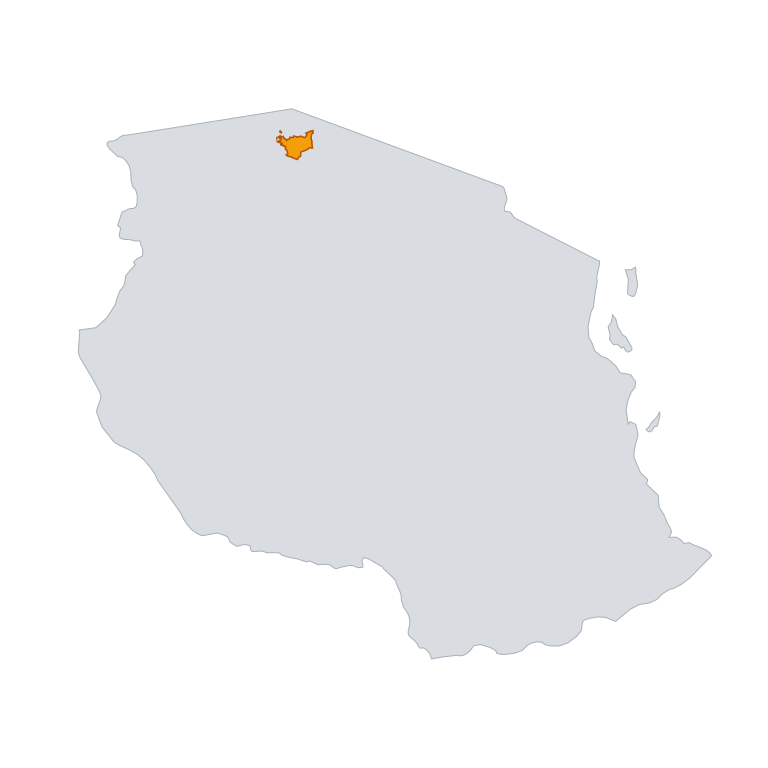 Butiam, Mara, United Republic of Tanzania (highlighted), rotated 351°
{"feature_id": "72390352B35299561044003", "entity_name": "Butiam", "entity_type": "district", "adm_level": 2, "iso_a3": "TZA", "parent_name": "United Republic of Tanzania", "parent_adm1": "Mara", "projection": "albers", "projection_center": [33.892, -1.67], "detail": "fine", "context": "in_parent", "style": "filled", "palette": "amber", "viewbox_px": 768, "rotation_deg": 351, "n_neighbors": 0, "source": "geoboundaries", "source_scale": "gbopen_adm2", "svg_char_len": 8661}
<svg xmlns="http://www.w3.org/2000/svg" viewBox="0 0 768 768"><g transform="rotate(351 384 384)"><path d="M279.6,547.6L270.9,543.1L263.0,540.3L256.6,537.3L253.7,534.3L247.6,533.1L242.4,532.6L237.5,529.9L227.6,528.9L226.4,527.0L226.3,522.9L224.5,521.8L220.9,520.8L217.0,520.8L214.6,521.4L213.2,521.1L210.0,518.7L207.0,515.6L205.8,510.7L201.2,507.6L196.0,505.1L181.4,505.4L179.1,504.6L175.6,502.1L171.5,498.0L168.3,493.3L165.4,487.0L162.4,478.3L145.5,444.0L143.8,437.5L140.5,430.3L135.1,421.4L129.4,414.9L121.7,408.9L112.9,403.0L108.2,399.0L99.1,382.8L97.3,375.3L95.8,367.4L96.4,364.2L102.0,354.0L102.5,351.2L101.8,347.3L99.1,339.3L95.5,329.5L88.3,311.6L87.2,307.1L87.3,303.7L91.5,285.5L91.4,283.0L108.2,283.3L120.5,275.3L131.1,263.4L133.2,258.4L137.6,250.8L141.8,246.9L143.4,244.3L145.9,236.7L151.5,231.5L156.9,227.5L155.8,224.7L156.6,223.7L159.6,221.7L165.4,219.8L166.5,215.8L166.5,211.3L165.5,208.8L165.7,205.9L164.8,204.3L161.0,203.9L155.4,201.6L150.6,200.7L147.4,199.4L146.2,198.4L145.7,195.7L148.3,188.7L145.7,185.9L151.5,174.4L152.6,172.9L154.7,172.8L158.1,171.5L161.2,171.0L163.8,171.4L165.6,170.9L167.3,169.6L168.7,165.7L169.8,159.1L169.2,153.8L166.7,149.7L166.0,143.5L167.1,135.0L166.3,128.0L163.6,122.5L160.8,119.1L156.6,117.6L149.9,109.1L147.9,104.9L148.3,102.4L150.6,101.3L154.8,101.6L158.7,100.6L162.5,98.3L166.1,97.6L168.0,98.0L336.0,97.8L532.1,207.6L533.0,208.9L534.5,218.4L534.1,221.6L531.1,227.0L530.2,229.8L530.1,231.8L530.9,232.6L533.5,232.9L535.6,234.2L536.4,235.2L538.1,239.3L540.2,241.4L614.5,295.4L616.2,296.2L615.1,300.7L610.8,311.6L610.6,316.2L608.9,321.5L607.3,325.1L603.0,340.4L599.3,346.2L594.4,359.6L593.6,369.9L596.2,377.1L597.2,383.9L602.9,390.6L607.5,392.9L610.6,396.0L616.0,402.9L619.1,409.9L629.0,413.3L632.9,421.1L631.4,426.5L626.8,430.9L622.5,438.0L619.0,447.5L618.9,461.9L621.2,459.7L626.4,463.3L627.0,473.9L621.6,486.2L619.9,492.0L619.6,496.9L623.5,511.7L629.3,519.3L628.9,521.6L627.3,523.6L637.4,536.9L636.5,548.5L640.2,557.5L641.9,565.3L644.3,571.3L644.8,575.4L641.6,580.0L649.0,581.1L653.3,584.9L655.3,588.5L660.7,588.4L663.5,590.8L667.7,592.9L676.8,598.9L679.3,601.9L680.8,604.8L655.4,623.6L646.3,628.4L639.7,630.7L632.8,631.9L626.2,634.8L619.9,639.5L611.9,641.8L602.1,641.7L591.9,645.0L575.7,654.7L566.4,649.2L559.0,647.5L550.5,647.6L545.4,648.3L543.5,649.4L541.9,652.7L540.5,658.2L534.9,663.4L525.2,668.4L516.2,670.2L508.0,668.9L502.5,666.8L499.6,663.9L495.3,662.6L489.7,662.8L484.3,664.8L479.1,668.7L470.9,670.4L459.5,669.9L453.5,668.0L452.6,664.7L447.7,660.9L438.6,656.5L431.9,656.4L427.6,660.6L423.7,663.2L420.2,664.3L417.0,664.4L412.4,663.3L399.9,662.8L388.0,663.0L386.9,656.9L384.4,653.2L382.3,651.0L378.2,650.4L377.0,648.7L375.7,644.9L373.7,641.7L371.0,639.0L369.4,636.6L368.8,634.3L369.3,631.8L371.8,625.5L372.5,621.3L372.3,616.9L370.9,612.4L368.1,607.1L368.4,605.5L367.5,601.9L367.4,599.3L367.9,596.2L367.4,592.0L365.0,583.0L365.0,580.8L362.4,576.4L354.5,566.2L354.2,564.9L341.8,554.5L336.9,552.3L335.1,554.2L334.4,556.0L334.9,559.3L334.6,561.0L334.1,561.7L331.2,561.6L329.3,561.2L324.6,558.4L321.0,557.8L311.9,558.3L308.8,558.9L306.3,558.3L301.5,553.6L295.9,552.6L290.8,552.3L282.5,547.0L279.6,547.6ZM630.5,375.7L634.5,387.1L634.0,389.2L631.1,390.5L629.6,390.6L627.8,388.8L626.5,384.9L624.3,385.8L620.6,381.2L616.9,381.0L613.7,375.5L615.0,370.7L614.3,362.6L618.3,358.4L620.6,351.4L623.1,356.2L623.7,363.7L627.1,372.5L630.5,375.7ZM650.5,307.9L650.8,310.6L650.0,313.1L650.1,321.2L649.8,326.6L646.7,334.0L644.2,336.6L641.9,335.8L640.1,334.6L638.7,332.6L641.7,318.9L640.2,308.9L646.0,309.9L650.5,307.9ZM641.4,472.1L638.6,472.8L637.4,472.1L635.7,469.9L638.8,468.0L641.8,464.3L648.7,459.0L652.0,454.6L651.4,458.9L647.5,468.1L644.2,468.6L641.4,472.1Z" fill="#d9dde1" stroke="#a8b0b8" stroke-width="1"/><path d="M350.3,139.8L350.2,138.5L350.3,137.8L350.3,137.6L350.3,137.4L350.3,137.2L350.4,136.9L350.3,136.7L350.4,136.4L350.4,135.9L350.4,135.7L350.4,135.4L350.3,135.2L350.6,134.8L350.6,134.7L350.4,134.5L350.6,134.2L350.6,133.6L350.7,133.4L350.8,133.3L350.9,133.0L350.8,132.7L350.6,132.5L350.5,132.0L350.5,129.8L351.0,127.5L351.5,126.3L351.9,125.6L352.1,125.6L352.3,125.4L352.2,125.3L352.3,125.1L352.6,125.0L352.5,124.9L352.4,124.9L352.5,124.7L352.7,124.4L352.9,124.4L353.1,124.2L353.2,124.3L353.2,124.2L353.3,124.1L353.3,123.9L353.3,123.7L353.3,123.4L353.5,123.2L353.5,122.7L353.4,122.6L353.2,122.7L352.9,122.7L353.0,122.5L352.9,122.5L352.7,122.6L352.7,123.0L352.4,123.1L352.2,123.0L352.1,122.9L351.7,122.9L351.2,122.7L350.9,122.8L350.8,122.7L350.6,122.8L350.5,123.0L350.0,123.0L349.7,123.1L349.4,123.1L349.2,123.2L349.1,123.5L348.3,123.5L348.2,123.6L347.9,123.5L347.7,123.5L347.4,123.6L347.2,123.7L346.9,123.9L346.6,123.9L346.3,124.0L346.1,124.0L346.2,124.3L346.3,124.7L346.5,124.8L346.8,124.8L346.8,125.2L347.0,125.3L347.0,125.5L346.6,125.7L346.5,125.8L346.4,126.0L346.4,126.5L346.2,126.9L345.8,127.1L345.7,127.1L345.3,127.3L344.9,127.8L344.6,128.2L344.4,128.2L343.9,128.1L343.1,127.7L342.8,127.6L342.7,127.4L342.3,127.3L342.1,127.2L341.9,127.0L341.7,127.0L341.6,126.8L341.3,126.7L341.2,126.5L340.3,126.1L339.9,126.1L339.6,126.3L339.3,126.4L338.9,126.6L337.9,126.4L337.3,126.5L336.7,126.5L336.4,126.4L336.3,126.1L335.6,125.7L335.3,125.6L334.6,125.4L334.3,125.4L333.8,125.1L333.6,125.0L333.6,125.3L333.4,125.5L333.2,125.9L333.0,126.1L332.7,126.3L332.4,126.4L331.8,126.1L331.4,125.9L331.0,125.7L330.7,125.7L330.3,125.9L329.8,126.0L329.6,125.8L329.5,126.1L329.4,126.1L329.3,126.3L329.2,126.6L329.0,126.8L328.9,127.4L328.3,127.4L327.9,127.3L327.7,127.4L327.4,127.4L327.1,127.4L326.7,127.6L326.0,128.0L325.8,128.2L325.7,128.0L325.9,127.4L325.7,127.2L325.1,126.6L324.7,126.4L324.2,126.3L323.8,125.7L323.7,125.5L323.6,124.9L323.6,124.7L323.5,124.4L323.3,124.1L323.3,123.9L323.0,124.1L322.6,124.2L321.9,123.9L321.5,123.9L321.3,123.7L321.3,123.4L320.8,123.4L320.5,122.8L320.3,122.7L320.1,122.8L319.8,122.7L319.6,122.9L319.5,123.1L319.3,123.3L318.7,123.4L318.4,123.2L318.2,123.3L318.2,123.5L318.2,123.8L318.4,123.9L318.7,123.9L318.9,123.8L319.1,124.0L319.1,124.4L319.3,124.7L319.3,125.1L319.7,124.9L320.1,125.0L320.3,124.9L320.5,124.9L320.7,125.5L320.7,125.8L320.5,126.4L320.3,126.7L320.1,126.7L320.0,126.8L320.1,127.1L319.9,127.5L319.3,127.5L319.1,127.7L318.8,127.8L318.7,127.8L318.5,127.5L318.4,127.5L318.2,127.7L318.1,127.8L317.7,127.9L317.4,127.8L317.3,127.6L317.2,127.6L316.8,127.8L316.6,127.8L316.8,128.2L317.1,128.6L317.3,128.5L317.3,128.1L317.2,127.9L317.4,128.0L317.8,128.2L318.1,128.1L318.4,128.7L318.4,128.8L318.3,129.0L318.7,129.3L319.0,129.4L319.4,129.3L319.7,129.4L319.8,129.5L319.7,129.6L319.9,129.8L320.2,129.8L320.5,129.7L320.7,129.8L320.8,130.0L320.9,130.3L320.8,130.6L321.0,130.9L320.8,131.3L320.7,131.4L320.0,131.3L319.8,131.3L319.7,131.3L319.4,131.3L319.4,131.5L319.6,131.6L319.7,131.9L319.9,131.9L320.0,131.9L320.3,132.1L320.5,132.1L320.6,131.9L320.8,131.8L321.3,132.0L321.5,132.2L321.6,132.3L321.7,132.8L321.9,132.8L321.8,133.2L321.8,133.3L322.1,133.4L322.5,133.5L322.9,133.5L323.4,133.7L323.9,134.0L324.0,134.2L323.9,134.9L323.9,135.1L323.6,135.2L323.4,135.3L323.4,135.5L323.3,135.9L323.5,136.7L323.9,137.5L324.2,137.6L324.5,137.7L324.6,137.8L324.8,139.0L324.7,139.0L324.8,139.0L324.8,139.6L324.8,140.0L325.0,140.5L325.1,140.9L324.9,141.4L324.6,141.6L324.4,141.9L324.2,142.0L323.9,142.1L323.6,142.3L323.5,142.5L323.4,142.5L323.9,143.0L324.1,143.2L324.1,143.5L324.3,143.7L324.5,143.8L324.8,143.9L325.0,144.0L325.4,144.0L325.6,144.3L326.0,144.4L327.0,144.9L327.3,145.0L327.6,145.2L328.0,145.4L328.3,145.4L328.8,145.8L329.0,146.1L329.3,146.4L329.5,146.4L329.7,146.5L329.9,146.7L330.0,146.7L330.2,146.8L330.3,146.8L330.6,146.9L330.7,147.0L330.8,147.0L331.0,147.2L331.3,147.6L331.7,147.6L332.0,147.7L332.3,148.0L332.5,148.1L333.0,148.3L333.4,148.7L333.5,148.7L334.0,148.3L334.5,147.5L334.7,147.4L335.1,146.9L335.8,146.5L336.4,146.4L336.7,146.2L336.8,146.1L337.2,146.0L337.6,144.4L337.8,143.3L337.8,142.8L337.9,142.4L338.2,142.0L338.8,141.7L339.5,141.5L339.9,141.5L340.7,141.4L340.9,141.3L341.2,141.3L341.6,141.3L342.2,141.2L343.1,140.9L343.4,140.7L343.8,140.6L344.0,140.5L344.4,140.6L345.4,140.3L346.2,139.4L346.8,139.4L347.2,139.2L347.5,139.1L348.2,139.2L349.2,139.6L350.3,139.8ZM321.5,118.5L321.2,118.6L321.0,118.8L320.9,118.8L320.8,118.7L320.8,118.8L320.7,118.9L320.8,119.0L320.8,118.9L321.0,119.0L321.1,119.3L321.3,119.4L321.6,119.1L321.6,118.9L321.8,118.8L321.8,118.7L321.7,118.5L321.5,118.5ZM322.1,119.8L321.9,119.6L321.8,119.4L321.7,119.3L321.7,119.5L321.7,119.8L321.8,119.9L322.0,119.9L322.1,119.8ZM316.6,125.0L316.8,124.8L316.6,124.4L316.5,124.7L316.6,125.0L316.6,125.0ZM320.8,118.5L320.8,118.4L320.7,118.5L320.8,118.6L320.8,118.5Z" fill="#f59e0b" stroke="#b45309" stroke-width="1.5"/></g></svg>